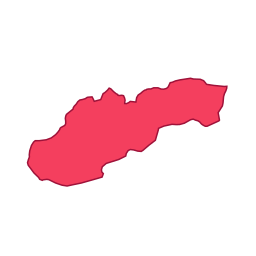 an SVG outline of Slovakia, rotated 347°
{"feature_id": "SVK", "entity_name": "Slovakia", "entity_type": "country or territory", "adm_level": 0, "iso_a3": "SVK", "parent_name": "Europe", "parent_adm1": "", "projection": "robinson", "projection_center": [19.621, 48.681], "detail": "fine", "context": "isolated", "style": "filled", "palette": "rose", "viewbox_px": 256, "rotation_deg": 347, "n_neighbors": 0, "source": "natural_earth", "source_scale": "50m", "svg_char_len": 1807}
<svg xmlns="http://www.w3.org/2000/svg" viewBox="0 0 256 256"><g transform="rotate(347 128 128)"><path d="M233.7,109.6L233.1,111.5L231.7,113.8L229.8,116.1L228.2,118.9L226.2,125.0L224.9,127.8L219.3,133.3L218.9,140.9L218.2,141.5L205.4,144.1L203.7,143.7L201.9,142.2L200.9,141.1L200.3,140.3L199.2,138.2L197.7,136.7L195.5,135.5L193.5,134.0L190.9,134.0L184.0,136.0L179.2,136.2L176.0,135.6L171.7,134.3L163.4,134.2L157.7,135.2L157.1,136.7L151.9,146.1L144.2,149.6L137.6,153.1L135.6,153.8L132.3,152.7L128.5,150.6L125.4,149.5L123.1,150.0L120.6,152.4L119.5,154.8L111.9,156.6L98.8,157.6L94.2,160.0L92.7,162.8L92.6,165.0L93.7,166.9L92.3,169.1L91.7,170.0L82.4,170.5L70.0,171.1L62.6,170.9L55.6,170.8L50.9,168.9L45.1,165.3L39.1,160.4L38.5,160.3L37.6,159.8L33.7,159.4L32.7,159.7L30.4,158.1L29.8,156.1L26.3,150.7L22.4,141.8L22.3,139.2L23.9,136.3L25.4,134.1L25.7,132.3L25.8,131.8L27.1,128.2L30.0,123.3L32.8,120.5L34.7,119.5L38.8,120.4L45.7,121.1L51.0,120.4L56.0,118.2L58.7,116.3L61.0,114.3L61.8,113.0L62.8,112.4L66.9,111.3L68.2,109.9L68.8,107.4L69.1,104.5L70.0,102.4L71.1,100.9L78.7,97.2L79.3,95.9L80.6,94.6L82.8,93.2L85.0,91.1L87.3,89.9L90.2,90.0L93.0,89.8L95.1,89.0L96.0,89.0L100.0,89.6L100.6,91.9L101.1,94.4L107.8,94.2L111.5,88.9L113.4,88.3L116.6,86.5L118.6,84.9L120.0,85.9L122.1,89.3L124.2,92.0L125.5,93.0L125.6,93.9L126.8,94.4L129.3,94.7L130.9,95.5L131.4,98.0L131.4,100.3L130.7,101.9L130.3,103.4L132.0,103.9L134.5,103.4L136.2,102.6L141.5,104.5L143.3,100.3L145.4,98.1L148.1,97.1L150.5,95.8L152.8,94.9L154.3,94.9L155.0,94.5L156.9,94.6L159.1,95.1L162.1,94.6L166.3,95.6L169.0,97.5L171.5,98.2L174.4,98.1L176.4,97.0L179.3,93.3L181.4,93.4L184.7,92.8L189.4,92.8L200.1,93.6L202.8,95.0L209.4,96.8L212.3,98.9L213.6,101.4L214.3,103.1L221.1,105.8L231.2,109.2L233.7,109.6Z" fill="#f43f5e" stroke="#9f1239" stroke-width="1.5"/></g></svg>